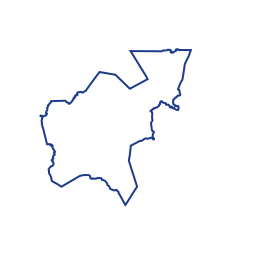 outline of La Iguala, Lempira, Honduras, rotated 62°
{"feature_id": "27666195B64546459971627", "entity_name": "La Iguala", "entity_type": "district", "adm_level": 2, "iso_a3": "HND", "parent_name": "Honduras", "parent_adm1": "Lempira", "projection": "albers", "projection_center": [-88.46, 14.683], "detail": "fine", "context": "isolated", "style": "outline", "palette": "blue", "viewbox_px": 256, "rotation_deg": 62, "n_neighbors": 0, "source": "geoboundaries", "source_scale": "gbopen_adm2", "svg_char_len": 5590}
<svg xmlns="http://www.w3.org/2000/svg" viewBox="0 0 256 256"><g transform="rotate(62 128 128)"><path d="M184.0,147.5L157.3,142.6L152.3,138.8L144.9,133.8L145.0,123.3L145.5,122.6L145.8,122.0L145.3,118.5L145.5,117.3L145.6,117.0L145.9,116.8L146.6,116.1L146.7,115.7L146.8,114.7L147.3,113.5L147.3,112.3L147.6,111.6L147.8,111.4L148.1,111.3L149.5,111.2L149.8,111.1L150.0,110.7L150.1,110.3L149.8,110.1L149.1,110.1L148.6,110.3L148.0,110.7L147.8,110.6L146.0,109.5L144.9,108.9L144.8,108.7L144.3,107.5L144.1,107.3L143.8,107.1L143.3,107.0L142.9,107.2L142.1,107.8L141.6,107.9L140.7,107.7L139.4,107.3L137.3,106.4L135.1,105.8L134.4,105.3L133.9,104.8L133.3,103.4L132.9,102.9L132.3,102.6L130.8,102.2L129.6,101.6L127.7,100.4L126.6,99.9L126.2,99.6L125.3,99.4L124.6,99.6L124.3,100.0L123.6,100.0L123.4,100.0L123.4,99.1L123.1,98.2L123.3,96.9L123.3,96.6L123.2,96.4L122.8,96.4L122.7,96.1L122.8,95.1L123.1,94.2L123.2,93.1L123.5,92.4L123.2,91.7L123.1,90.5L122.9,90.3L122.1,89.5L122.1,88.9L121.9,88.5L121.6,88.3L121.0,88.1L120.4,87.5L120.2,87.1L120.4,86.8L120.4,86.7L120.0,86.2L119.9,86.0L120.0,85.8L120.1,85.7L121.7,85.5L121.8,85.2L122.0,84.9L122.5,84.6L122.8,84.4L123.0,84.1L123.2,83.6L123.7,83.1L123.9,83.1L124.2,83.1L125.0,83.5L125.4,83.4L125.6,83.2L126.1,81.7L126.4,81.5L126.9,81.3L127.3,81.0L127.5,80.9L127.8,80.9L128.9,81.3L129.1,81.3L129.4,81.2L129.6,80.9L129.5,79.7L129.7,79.4L129.8,79.3L130.1,79.3L130.5,79.8L130.8,79.2L131.1,79.1L131.6,79.1L131.9,79.0L132.0,78.8L132.0,78.6L131.8,77.8L132.8,77.7L133.8,77.3L134.2,77.1L135.0,76.3L135.4,75.3L135.5,75.3L135.6,75.2L135.2,74.8L134.8,74.6L133.9,73.8L132.7,73.4L132.3,73.4L132.1,73.6L132.1,74.0L132.0,74.3L131.4,74.5L131.0,75.5L130.6,75.8L130.2,76.1L129.5,75.9L129.0,76.3L128.6,76.4L127.8,76.7L126.4,76.1L125.3,75.2L124.5,75.0L124.2,74.5L124.2,73.7L124.0,73.4L123.8,73.2L123.4,71.7L123.4,71.4L123.6,71.3L123.6,71.1L123.6,70.7L123.1,70.1L123.0,69.2L122.8,68.7L123.3,67.8L123.5,67.3L123.5,66.8L123.3,66.4L123.1,66.2L122.8,66.1L121.0,65.8L120.3,65.5L118.8,64.9L118.3,65.0L118.1,65.4L117.7,65.6L117.2,65.6L114.0,61.9L112.6,60.2L110.9,57.3L105.8,53.4L98.1,47.7L92.5,39.9L91.2,38.7L88.7,35.9L83.3,45.9L83.4,46.1L83.2,46.4L82.7,46.4L82.3,46.6L81.7,47.4L81.3,48.2L81.2,48.6L81.3,48.8L82.0,48.6L82.2,48.8L82.3,49.5L82.5,49.8L82.5,50.1L82.4,50.6L82.2,51.3L82.2,51.9L82.2,52.3L82.2,52.5L82.6,52.9L82.5,53.1L81.6,54.5L81.1,54.7L80.9,54.7L80.9,54.2L80.6,53.8L80.0,53.9L79.3,53.8L79.1,53.9L78.6,54.4L78.4,54.9L78.0,55.5L77.6,55.9L77.6,56.8L77.4,58.1L77.2,58.5L76.0,60.6L76.0,61.4L76.2,61.7L76.2,62.0L61.3,89.6L91.2,87.7L94.1,87.8L94.2,107.9L91.2,108.9L75.1,114.1L65.2,126.9L70.6,138.4L75.2,147.7L75.3,148.9L75.4,150.9L75.5,151.4L74.9,152.0L74.3,152.3L74.0,152.6L73.7,153.9L73.5,154.3L73.2,154.4L73.1,155.6L73.1,156.1L73.3,156.5L73.5,156.8L74.8,156.9L75.0,157.0L75.2,157.6L74.8,158.2L74.6,158.6L74.5,159.1L74.6,159.4L74.8,159.7L75.5,159.8L75.6,160.2L75.6,160.8L76.2,161.0L76.4,161.1L76.4,161.4L76.1,161.8L76.1,162.1L76.4,162.4L77.1,162.7L77.4,163.1L77.5,163.8L78.0,164.8L78.1,165.2L78.7,166.0L78.8,167.0L79.1,167.9L79.1,168.5L78.9,168.7L78.7,168.9L78.5,169.0L78.0,168.9L77.5,168.9L77.2,169.1L76.7,169.8L76.3,170.1L76.1,170.2L75.1,170.3L74.5,170.5L68.2,183.3L68.9,183.7L69.2,184.0L69.4,184.6L69.6,186.0L70.3,186.7L70.4,187.1L70.5,187.3L70.4,187.7L70.5,188.0L71.4,188.6L71.7,188.9L71.9,189.2L72.3,190.0L72.6,190.1L73.6,190.3L73.8,190.5L74.3,191.0L74.9,192.1L75.8,193.1L76.1,193.3L76.4,193.4L76.6,193.3L77.0,192.9L77.4,192.9L77.6,193.1L78.3,194.2L78.5,194.6L78.5,194.9L78.4,195.2L78.1,195.6L77.9,196.0L78.0,197.1L78.0,197.3L77.6,197.8L76.1,199.0L76.0,199.3L76.1,199.6L76.3,199.6L77.7,198.8L78.1,198.6L78.5,198.6L78.7,198.8L79.0,199.2L79.9,199.9L81.4,201.1L82.1,201.3L83.3,201.5L83.5,201.7L83.8,202.2L87.2,202.9L91.2,203.8L104.3,207.1L105.0,205.6L105.3,205.2L105.5,204.9L106.3,204.8L106.4,204.6L106.3,204.4L106.6,204.3L106.9,204.2L106.8,203.9L106.5,203.7L106.8,203.5L107.1,203.5L107.3,203.1L107.6,203.0L108.0,203.7L108.3,203.9L108.4,203.7L108.5,203.3L108.7,203.2L109.0,203.5L109.3,203.6L109.8,203.6L110.1,203.7L110.6,203.7L111.3,204.0L111.6,203.9L112.1,203.7L112.8,203.7L113.2,203.6L113.4,203.6L113.5,203.9L113.8,204.1L114.2,204.0L114.5,203.8L115.0,204.8L115.5,204.4L116.1,205.1L116.6,205.1L117.2,205.3L117.1,205.7L117.1,206.2L117.2,206.6L117.4,206.9L118.1,207.4L118.5,208.1L119.4,208.0L119.5,208.4L119.9,208.8L120.2,209.0L120.6,209.2L120.9,209.4L120.9,209.6L120.5,209.7L120.3,209.7L120.2,209.7L120.6,210.5L121.7,210.5L122.3,210.3L122.6,210.3L122.8,210.1L123.1,210.0L124.8,210.6L125.1,210.8L125.6,211.8L125.9,212.6L125.9,213.2L125.7,214.0L126.0,214.6L126.1,215.3L126.3,215.9L126.6,216.3L127.1,217.3L127.3,217.6L127.6,217.7L128.1,217.7L128.7,217.9L130.6,218.8L131.0,219.0L132.0,218.9L132.5,218.9L133.1,218.8L134.5,218.9L136.9,219.4L137.4,219.8L137.8,219.9L139.2,220.1L144.2,216.8L145.4,216.0L146.6,215.5L148.6,214.3L147.7,193.7L148.1,191.1L149.3,188.1L151.2,184.7L151.6,184.5L152.7,184.1L153.1,184.2L153.6,184.4L154.3,184.8L155.5,184.3L155.8,183.3L156.1,183.2L156.3,183.0L156.3,182.9L156.1,182.7L156.1,182.3L157.2,181.2L157.6,180.5L157.8,179.8L157.8,178.4L157.9,178.0L158.7,177.2L158.8,176.6L159.7,175.2L160.0,175.1L160.3,175.1L161.5,175.4L162.1,174.5L163.8,173.1L165.6,172.8L166.9,172.4L167.2,172.5L168.2,172.9L168.6,172.9L169.1,172.8L170.2,172.2L170.7,172.0L171.9,172.0L173.0,172.4L173.6,172.1L174.3,171.5L175.1,171.0L175.4,170.5L175.8,170.0L176.7,169.5L176.9,168.8L177.0,167.6L177.2,167.2L177.5,167.1L178.9,166.9L179.8,166.4L180.6,166.5L181.3,166.9L181.6,167.0L182.0,166.9L182.4,166.7L194.7,166.5L194.6,166.1L184.0,147.5Z" fill="none" stroke="#1e3a8a" stroke-width="2"/></g></svg>